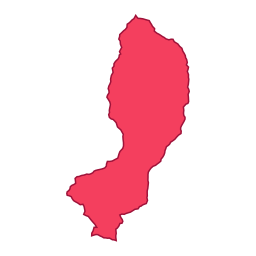 Adamantina, São Paulo, Brazil
{"feature_id": "56859067B23396794935323", "entity_name": "Adamantina", "entity_type": "district", "adm_level": 2, "iso_a3": "BRA", "parent_name": "Brazil", "parent_adm1": "São Paulo", "projection": "orthographic", "projection_center": [-51.067, -21.582], "detail": "fine", "context": "isolated", "style": "filled", "palette": "rose", "viewbox_px": 256, "rotation_deg": 0, "n_neighbors": 0, "source": "geoboundaries", "source_scale": "gbopen_adm2", "svg_char_len": 3032}
<svg xmlns="http://www.w3.org/2000/svg" viewBox="0 0 256 256"><path d="M173.0,39.3L171.1,39.2L168.9,39.8L166.0,38.9L164.1,37.4L162.5,36.6L160.8,35.4L158.9,34.2L156.9,33.2L154.3,31.1L154.6,28.6L152.4,26.3L151.5,24.5L150.4,22.8L149.2,20.6L146.9,20.0L142.8,18.8L139.9,18.4L138.1,18.4L136.9,17.1L135.7,15.4L134.7,17.3L133.8,18.8L132.2,19.8L130.9,21.2L129.4,22.7L127.2,24.2L126.9,27.5L125.3,29.5L123.7,30.7L121.9,32.5L119.8,34.5L119.6,36.6L118.8,39.1L120.2,41.1L120.4,44.1L121.7,47.4L120.5,49.7L119.5,51.7L120.7,54.0L119.3,55.0L119.0,57.2L118.1,58.9L116.8,60.1L115.4,61.5L114.0,63.7L113.9,66.3L112.3,68.1L112.7,70.4L113.1,72.4L111.4,75.4L110.6,79.1L110.8,81.7L110.0,83.8L108.8,86.2L108.2,88.7L108.9,90.5L109.1,92.7L107.5,95.3L106.9,97.2L108.3,99.4L109.8,101.9L110.4,104.2L110.2,105.9L109.7,108.1L109.3,110.4L109.5,112.5L108.7,114.7L109.4,117.4L111.1,118.9L113.2,119.5L114.7,121.0L116.2,122.7L116.9,125.0L117.5,126.9L119.0,128.3L120.8,129.8L122.1,132.2L123.3,134.3L122.9,136.4L123.1,139.5L123.5,142.7L123.5,146.1L122.7,148.5L121.3,150.0L119.9,151.6L118.9,154.2L118.3,156.4L117.8,158.1L115.1,159.5L112.3,161.0L110.0,161.4L107.4,161.4L106.5,164.0L106.3,166.2L104.7,168.0L101.8,169.0L99.6,169.5L97.7,169.9L95.7,170.4L94.0,171.2L92.9,172.7L90.8,173.8L89.1,174.4L86.7,174.1L84.3,175.0L81.5,175.5L79.0,176.5L77.0,176.7L75.1,178.4L75.5,181.4L75.6,183.4L73.9,184.5L72.0,185.3L70.4,186.6L69.9,189.0L68.8,190.6L67.2,191.8L66.8,193.6L67.2,195.3L69.1,195.7L71.3,196.7L72.1,198.5L73.6,200.6L75.5,201.8L77.6,202.9L80.2,204.7L82.9,204.3L84.1,206.5L85.0,211.2L83.7,214.4L86.1,215.6L88.3,216.4L89.5,217.9L91.2,220.1L93.1,222.3L94.9,224.3L96.7,227.3L94.1,227.3L93.1,230.8L91.8,233.2L91.7,235.8L93.8,235.1L96.0,234.5L98.0,234.7L100.2,236.0L101.9,236.7L103.7,237.8L105.9,237.9L107.5,238.2L109.5,238.1L112.3,239.7L114.2,239.9L116.2,240.6L115.8,237.3L115.8,235.5L116.2,233.5L115.8,229.2L117.3,228.1L118.8,226.1L119.9,223.5L122.0,223.2L122.8,221.4L122.2,219.5L120.8,217.4L119.8,215.0L121.9,214.1L124.2,214.3L126.2,213.4L130.5,212.1L134.9,209.3L138.1,208.8L139.5,206.6L141.1,206.1L142.5,205.0L144.1,204.3L146.3,203.5L147.5,200.4L146.9,197.6L147.3,195.9L147.2,193.4L147.2,191.0L147.8,188.3L148.1,185.4L148.4,182.7L147.9,180.4L148.0,177.1L148.0,174.5L148.3,172.2L149.7,169.8L151.0,168.1L153.0,166.3L155.6,165.3L157.3,163.9L159.1,162.6L160.8,161.1L161.0,159.2L162.6,157.3L163.9,155.1L164.7,152.9L165.0,150.6L165.7,148.9L166.4,146.7L168.5,145.2L169.7,144.0L170.6,142.2L172.6,140.9L174.8,139.3L176.7,137.0L178.5,135.1L181.0,133.5L181.2,131.1L180.6,129.4L180.7,127.5L181.6,125.5L182.7,123.6L184.0,121.3L185.0,119.1L185.0,117.2L183.8,115.5L183.5,113.1L183.8,110.3L183.4,107.0L186.0,104.1L187.9,103.4L188.6,101.7L188.5,99.0L188.4,97.1L188.1,94.5L189.2,91.4L188.7,89.3L187.6,87.1L188.3,84.5L188.6,81.6L188.8,79.2L188.4,77.3L188.5,74.6L187.3,71.4L188.0,69.4L188.5,67.1L186.4,64.9L187.3,62.5L186.6,59.4L185.6,57.7L185.3,55.6L184.2,53.4L182.8,51.2L181.9,48.3L179.6,46.3L177.8,43.9L176.1,42.9L174.2,41.7L173.0,39.3Z" fill="#f43f5e" stroke="#9f1239" stroke-width="1.5"/></svg>